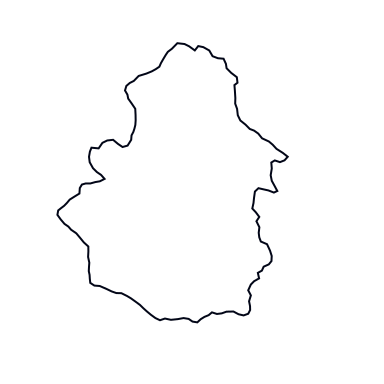 Catas Altas, Minas Gerais, Brazil (Natural Earth projection), rotated 121°
{"feature_id": "56859067B94045969589017", "entity_name": "Catas Altas", "entity_type": "district", "adm_level": 2, "iso_a3": "BRA", "parent_name": "Brazil", "parent_adm1": "Minas Gerais", "projection": "natural_earth1", "projection_center": [-43.409, -20.069], "detail": "fine", "context": "isolated", "style": "outline", "palette": "ink", "viewbox_px": 384, "rotation_deg": 121, "n_neighbors": 0, "source": "geoboundaries", "source_scale": "gbopen_adm2", "svg_char_len": 2234}
<svg xmlns="http://www.w3.org/2000/svg" viewBox="0 0 384 384"><g transform="rotate(121 192 192)"><path d="M317.6,204.8L315.1,200.4L314.6,194.1L314.6,189.6L315.0,184.7L315.6,178.4L316.7,173.8L317.6,169.2L318.4,164.0L318.9,158.4L318.4,153.4L314.4,150.0L312.4,144.2L308.2,138.6L304.4,134.3L302.5,129.5L302.8,124.8L301.0,120.3L296.5,119.0L292.6,117.0L289.0,114.3L284.9,112.9L283.7,107.8L280.7,104.0L276.8,100.8L273.1,94.9L272.8,89.1L271.2,84.2L267.4,81.1L263.2,81.4L259.9,83.5L256.3,86.8L250.3,88.3L247.3,93.2L241.0,93.9L236.4,92.8L231.5,90.0L227.4,93.9L223.4,91.6L219.1,92.1L214.5,88.9L210.3,88.3L205.8,90.7L202.1,94.9L198.1,100.8L199.0,107.5L196.2,111.0L192.6,113.8L187.5,116.1L183.9,121.7L178.7,121.5L176.5,126.9L175.1,131.8L169.8,133.6L165.1,135.8L159.2,138.3L154.5,137.0L153.1,132.7L151.3,127.3L150.3,121.5L147.2,119.4L144.0,124.8L141.3,129.4L137.1,133.2L130.8,135.7L125.9,139.2L122.3,137.3L121.1,132.0L117.2,129.0L112.5,128.1L111.7,134.3L111.5,141.8L109.9,147.2L109.1,152.1L109.9,159.6L107.8,165.3L107.4,170.4L108.2,175.0L106.7,180.8L105.8,187.4L102.6,192.3L97.5,196.2L94.0,200.5L89.2,203.2L83.1,207.4L78.5,210.7L74.9,209.3L70.5,212.7L69.7,219.8L68.1,226.1L64.7,228.9L61.5,233.6L64.0,238.7L65.0,244.3L61.8,250.1L62.0,256.9L63.7,261.8L69.2,262.5L68.6,269.5L69.0,274.6L72.0,281.2L79.6,283.0L84.3,284.9L87.9,285.1L92.4,285.1L97.5,285.0L101.4,284.5L105.3,286.3L109.3,288.6L114.0,292.1L120.0,297.5L126.8,299.1L130.6,301.5L134.9,302.9L139.5,301.7L141.8,297.5L144.8,294.8L147.2,289.3L149.9,283.5L155.1,280.0L159.6,277.2L163.7,275.1L167.3,274.0L170.8,273.2L174.6,273.0L178.6,271.0L185.4,271.1L189.2,274.7L188.9,280.2L187.9,286.5L191.5,291.2L196.0,294.1L202.7,294.5L205.8,301.0L210.0,300.3L214.9,298.4L219.2,295.0L222.6,289.1L223.9,283.8L224.2,278.7L225.8,273.7L230.3,276.5L233.3,280.0L237.0,283.5L239.4,287.5L242.3,290.2L246.4,290.2L251.3,287.7L256.7,290.5L261.5,292.9L265.9,293.6L269.7,294.5L273.2,295.9L276.7,297.2L280.9,295.6L283.1,290.5L285.0,284.9L285.3,280.2L286.6,276.2L287.0,269.9L288.9,264.4L290.9,258.8L292.1,252.8L296.5,250.1L301.2,247.6L305.5,243.6L309.1,241.8L313.0,239.7L315.8,237.1L319.0,234.9L322.3,232.4L322.5,227.5L320.1,222.7L319.1,215.1L318.6,209.7L317.6,204.8Z" fill="none" stroke="#020617" stroke-width="2"/></g></svg>